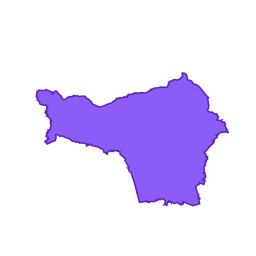 the district of Jungapeo, Michoacán, Mexico, rotated 106°
{"feature_id": "50627088B21047289087879", "entity_name": "Jungapeo", "entity_type": "district", "adm_level": 2, "iso_a3": "MEX", "parent_name": "Mexico", "parent_adm1": "Michoacán", "projection": "equal_earth", "projection_center": [-100.507, 19.411], "detail": "fine", "context": "isolated", "style": "filled", "palette": "violet", "viewbox_px": 256, "rotation_deg": 106, "n_neighbors": 0, "source": "geoboundaries", "source_scale": "gbopen_adm2", "svg_char_len": 5820}
<svg xmlns="http://www.w3.org/2000/svg" viewBox="0 0 256 256"><g transform="rotate(106 128 128)"><path d="M165.7,201.4L164.0,199.1L163.4,198.8L161.1,196.0L160.4,194.5L159.1,194.4L156.7,194.6L156.3,195.0L155.8,194.9L155.1,195.5L154.5,195.6L153.9,194.5L154.3,192.1L154.7,191.1L153.8,188.8L154.3,186.0L154.6,181.5L155.5,178.8L156.1,178.2L155.7,176.4L155.8,173.4L155.5,173.2L155.3,171.6L155.5,170.7L155.9,170.0L155.1,168.9L155.1,168.2L154.8,167.1L154.8,163.5L156.1,162.9L156.6,162.9L156.0,162.1L155.4,161.9L155.4,161.3L154.5,161.7L154.4,160.8L154.1,160.5L154.3,159.4L154.8,158.9L154.5,150.5L155.4,148.8L155.2,148.2L155.4,146.3L157.0,144.8L157.8,144.8L157.8,143.8L159.0,140.8L158.2,140.7L157.2,141.3L155.6,139.4L154.7,138.7L154.8,138.1L154.5,138.3L153.9,137.5L154.7,136.1L154.4,135.5L154.2,135.5L152.8,133.5L153.3,131.8L152.8,131.8L153.0,131.5L153.2,130.2L152.9,129.3L155.1,128.5L155.7,127.9L156.3,126.3L156.6,126.0L156.4,125.5L157.5,124.0L158.2,121.9L160.1,122.0L162.8,119.1L164.5,117.5L165.5,116.4L165.9,116.7L166.5,116.7L166.6,117.0L166.9,116.3L167.5,116.2L167.9,115.5L169.1,115.1L169.6,114.1L169.6,112.4L170.5,112.5L178.4,107.0L187.5,101.6L188.0,101.7L188.0,101.3L196.2,96.5L193.7,90.6L193.4,90.5L193.0,89.8L193.4,89.7L193.3,88.7L193.9,88.7L193.7,87.1L193.2,86.9L192.1,85.3L191.7,82.9L191.1,81.9L190.1,81.3L190.0,80.8L189.2,80.9L189.5,79.5L188.5,79.5L188.4,79.0L188.0,78.9L187.9,78.1L188.1,77.6L187.3,77.5L187.4,77.3L187.0,75.9L186.5,74.9L187.5,71.9L190.0,71.7L191.9,72.1L191.3,70.7L191.3,70.1L191.6,69.4L188.4,69.4L188.1,68.5L187.6,68.6L187.8,68.4L187.5,67.1L186.9,67.2L187.1,66.3L187.5,65.8L188.1,65.4L187.4,65.1L187.9,62.7L186.2,60.7L187.2,55.6L185.9,55.8L185.8,53.9L183.7,54.4L184.8,44.4L181.1,38.2L176.9,40.4L176.6,39.9L176.2,40.8L175.6,39.8L174.6,41.7L174.4,41.5L173.0,41.4L171.8,43.0L169.9,44.3L168.8,44.7L168.5,45.3L167.4,46.0L166.7,46.1L166.6,46.8L165.0,46.4L163.9,45.8L162.8,44.2L160.8,44.5L161.2,42.9L161.3,39.5L157.2,39.5L157.7,41.7L155.8,41.6L155.8,40.9L155.1,40.1L153.7,40.4L153.6,40.0L152.8,40.0L152.8,40.3L151.3,41.2L151.2,41.9L150.9,42.7L150.6,42.0L150.0,41.7L150.0,42.2L149.7,42.2L149.6,42.8L147.5,42.9L146.3,43.7L144.2,44.5L142.9,43.3L142.1,43.5L141.6,44.1L141.2,43.8L140.7,44.1L140.1,44.0L140.0,43.7L139.0,43.7L138.9,44.4L138.4,44.6L137.5,43.7L136.5,43.4L136.3,42.9L135.7,42.9L134.5,43.7L133.6,43.7L134.3,44.7L132.9,45.7L132.7,45.7L132.6,45.4L132.3,45.5L130.4,48.2L129.5,47.1L125.8,45.4L125.0,45.1L123.7,45.1L123.4,44.2L121.7,43.7L120.4,42.5L119.7,42.4L118.4,41.4L116.7,41.6L117.1,42.7L113.7,41.0L113.4,40.4L112.0,39.7L110.9,40.0L110.6,39.9L110.3,41.3L109.9,40.6L109.7,39.6L109.2,39.3L108.3,39.3L106.7,37.6L106.3,36.1L105.9,35.7L105.2,34.5L105.1,33.8L105.1,33.0L104.5,32.0L104.9,30.5L104.5,30.4L103.5,31.9L102.5,32.2L101.9,33.2L101.4,33.2L99.1,35.5L97.9,35.3L96.3,36.4L95.6,37.5L96.3,38.1L96.3,39.7L95.6,40.1L94.4,39.8L95.4,41.4L95.4,42.0L95.7,42.4L95.6,43.4L95.8,44.7L95.0,44.9L93.8,44.2L92.5,44.6L92.1,44.1L91.9,44.2L91.4,45.7L90.7,45.9L90.2,46.4L89.9,46.9L90.5,47.8L90.4,49.4L89.5,50.8L89.5,51.3L90.0,52.4L90.1,54.0L89.6,55.7L88.6,56.8L87.2,56.2L83.9,56.6L82.5,57.4L80.8,58.0L78.9,59.1L77.9,59.0L77.1,59.5L76.5,59.1L75.4,61.3L68.8,70.8L67.8,72.8L67.4,75.7L67.8,77.1L65.5,79.6L65.1,81.0L65.3,82.7L65.2,84.1L64.0,84.9L61.9,85.6L60.4,86.8L59.8,89.1L60.2,90.8L60.3,91.1L60.8,91.1L61.7,90.4L63.3,89.9L64.3,90.2L65.2,91.1L66.1,91.0L66.9,91.7L67.2,92.6L68.1,93.4L68.5,94.1L68.3,95.7L69.4,98.0L70.3,98.3L71.8,101.0L72.4,101.0L73.1,101.6L74.8,101.0L75.2,101.4L76.8,101.3L77.9,101.6L78.5,102.6L78.6,103.9L79.1,104.6L79.0,105.0L79.5,107.4L80.3,109.1L81.3,110.2L81.8,112.5L82.6,113.9L83.0,114.5L83.8,114.6L84.0,115.0L84.1,115.8L84.5,116.1L84.6,116.7L85.8,116.6L86.0,117.3L86.4,117.9L86.9,118.4L88.3,119.2L89.0,120.4L89.7,121.2L89.9,123.3L90.3,124.8L91.5,127.4L92.2,128.3L91.8,130.1L92.7,131.1L93.0,132.0L93.7,131.8L94.2,132.4L94.0,132.8L94.2,133.7L95.1,134.6L95.5,136.9L95.7,137.1L96.7,136.8L97.3,136.9L97.6,138.1L98.7,137.6L99.0,138.2L98.9,139.7L99.4,140.8L100.2,141.0L100.3,141.4L100.8,142.1L101.2,142.9L100.9,143.8L101.2,144.5L102.3,145.0L102.3,146.6L103.6,147.8L104.6,147.4L105.1,147.6L106.1,149.4L106.6,149.7L107.5,149.8L109.4,152.0L109.8,152.9L110.3,153.4L111.0,154.7L113.4,157.2L114.6,159.3L115.6,159.9L115.6,160.4L115.3,161.0L115.9,163.0L115.2,164.2L115.5,165.1L115.0,166.4L115.1,166.7L114.6,168.9L114.0,169.8L112.9,170.4L112.4,171.0L112.3,172.3L111.2,173.7L110.6,177.1L109.6,177.6L109.4,177.9L109.4,179.3L109.9,180.2L110.1,181.4L111.2,182.9L111.2,184.3L110.8,185.0L111.5,186.2L111.4,187.3L111.7,187.9L111.5,188.9L111.8,189.6L113.4,189.5L113.6,189.9L113.4,191.5L114.3,191.7L114.3,193.7L115.3,194.3L115.8,195.1L116.2,195.0L117.5,195.9L118.7,198.2L117.6,199.9L117.4,199.7L117.2,200.3L115.7,200.8L115.5,202.3L114.6,203.0L113.8,205.0L113.4,205.6L113.0,205.7L112.4,206.6L112.4,207.5L112.8,208.4L113.5,209.0L115.9,209.9L116.3,209.9L116.4,210.2L116.1,210.5L114.4,211.2L113.6,217.6L115.0,218.3L116.3,224.3L118.5,225.6L120.2,225.0L120.9,225.3L121.7,224.9L122.8,224.9L123.7,224.2L124.2,223.0L125.3,223.3L126.2,222.9L126.6,221.4L127.5,220.4L129.0,219.5L129.4,218.8L129.2,214.3L128.6,213.6L128.5,212.8L130.0,211.7L130.3,210.8L130.7,210.8L131.2,211.6L133.2,211.4L133.8,211.8L134.1,211.4L134.3,210.3L134.6,210.4L135.5,212.0L135.9,212.0L136.3,211.5L136.4,210.0L137.1,210.2L137.5,209.5L137.5,208.6L138.2,208.5L139.0,209.4L139.2,208.7L139.1,208.0L139.6,206.8L140.5,206.1L141.9,203.8L142.1,203.8L142.3,204.4L142.6,204.5L143.0,203.4L143.3,203.3L143.9,204.2L145.9,203.5L147.1,202.3L149.1,202.9L151.0,202.3L152.0,204.4L152.4,204.3L153.3,203.3L154.5,204.7L155.3,203.9L155.8,204.7L156.7,204.0L157.2,204.0L158.2,204.6L158.6,204.5L159.1,203.2L159.4,202.3L159.2,201.7L160.3,201.3L160.6,202.4L162.7,202.6L162.8,203.8L163.0,203.9L164.4,203.8L164.7,202.5L165.7,201.4Z" fill="#8b5cf6" stroke="#5b21b6" stroke-width="1.5"/></g></svg>